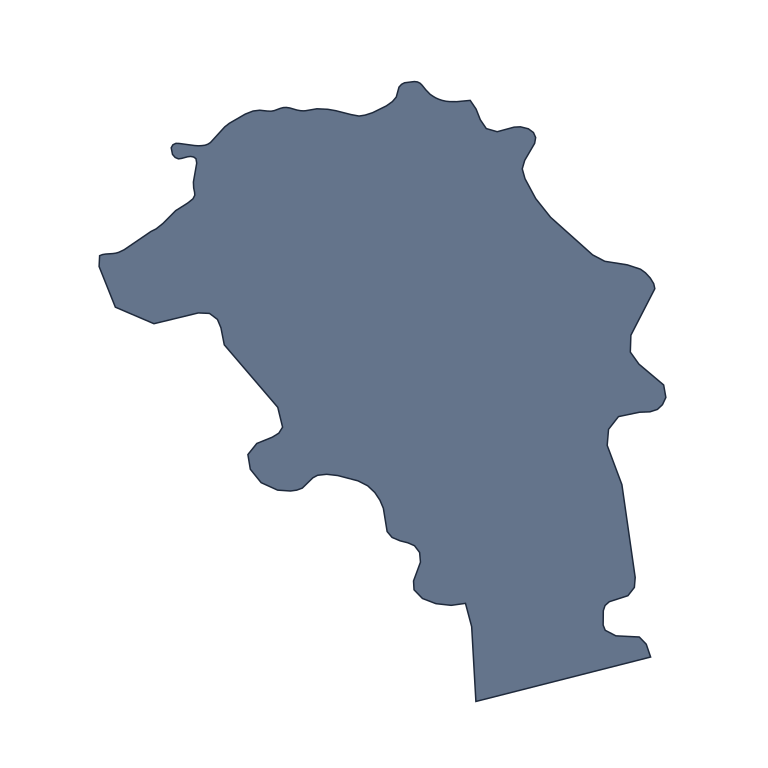 SVG path tracing the border of Macerata, rotated 97°
{"feature_id": "ITA-5429", "entity_name": "Macerata", "entity_type": "Province", "adm_level": 1, "iso_a3": "ITA", "parent_name": "Italy", "parent_adm1": "", "projection": "mercator", "projection_center": [13.151, 43.149], "detail": "fine", "context": "isolated", "style": "filled", "palette": "slate", "viewbox_px": 768, "rotation_deg": 97, "n_neighbors": 0, "source": "natural_earth", "source_scale": "10m", "svg_char_len": 2211}
<svg xmlns="http://www.w3.org/2000/svg" viewBox="0 0 768 768"><g transform="rotate(97 384 384)"><path d="M622.5,86.1L687.9,254.1L614.2,267.4L591.8,276.4L595.5,290.3L595.7,305.7L592.2,319.7L584.6,329.1L575.9,330.7L556.4,326.1L546.9,328.1L540.8,334.0L538.7,341.0L537.7,348.9L535.3,357.3L530.1,362.9L507.4,369.5L499.8,373.9L492.8,379.9L487.0,387.8L483.3,398.0L480.5,418.7L480.6,429.9L482.7,438.8L485.8,443.2L497.3,452.4L500.0,457.7L501.6,463.8L502.3,476.7L496.9,493.9L484.9,506.3L470.6,510.5L458.5,503.0L450.4,488.4L445.6,482.4L439.2,479.4L420.1,486.6L364.6,547.3L348.1,552.7L340.2,557.2L335.2,565.8L336.1,577.0L352.2,619.7L340.5,660.0L302.1,681.1L291.3,681.9L289.8,679.1L288.9,675.9L287.6,669.1L286.8,666.1L285.6,663.3L282.5,658.4L261.0,633.9L257.9,629.2L251.5,622.9L237.3,611.9L228.4,601.0L223.5,596.2L219.7,594.8L216.7,595.4L212.6,596.8L206.8,597.8L187.6,596.8L183.3,598.1L181.9,600.6L181.7,603.6L182.4,606.6L184.8,612.5L185.6,615.5L184.6,618.9L181.9,621.9L175.5,624.0L172.3,622.7L170.5,619.9L170.2,616.5L170.4,601.0L170.2,597.3L169.6,593.9L168.8,590.7L167.4,588.0L165.5,585.7L148.2,573.4L144.1,569.3L133.0,554.6L129.0,547.2L127.4,540.7L127.3,533.0L127.0,529.3L126.0,526.2L123.1,520.6L121.9,517.6L121.4,514.7L121.5,511.1L122.7,503.8L122.9,500.2L122.7,497.1L122.3,495.1L119.0,484.1L118.2,473.2L118.6,465.2L120.6,449.5L121.1,441.4L119.4,435.5L116.1,428.4L107.7,415.6L102.7,410.1L97.7,406.8L87.5,405.3L84.4,403.1L82.5,400.3L80.1,390.7L80.1,387.6L81.1,384.8L82.8,382.6L86.9,378.4L90.8,373.6L92.3,370.7L93.7,367.6L94.7,364.3L95.4,360.9L95.8,357.0L95.7,353.2L94.9,346.2L92.0,333.0L99.9,326.1L110.0,320.6L118.0,313.6L119.8,302.4L113.2,286.2L112.1,279.9L113.1,271.8L116.2,266.3L120.9,263.5L126.8,263.8L144.9,271.6L153.6,273.0L163.0,269.1L181.5,256.0L198.2,239.0L230.4,192.7L235.3,179.8L236.1,156.9L238.8,143.4L241.8,138.0L246.4,132.6L251.6,128.5L256.4,126.8L305.5,144.9L322.3,143.4L333.2,133.4L350.9,106.3L363.0,102.6L370.6,105.1L375.9,109.5L379.2,116.6L380.9,127.1L387.8,147.3L401.6,155.6L417.7,155.0L454.9,135.6L545.4,111.1L555.4,110.7L564.4,116.1L572.6,133.8L576.9,137.6L582.3,138.7L596.6,137.1L601.5,134.4L605.7,123.2L604.0,99.8L610.3,92.0L622.5,86.1Z" fill="#64748b" stroke="#1e293b" stroke-width="1.5"/></g></svg>